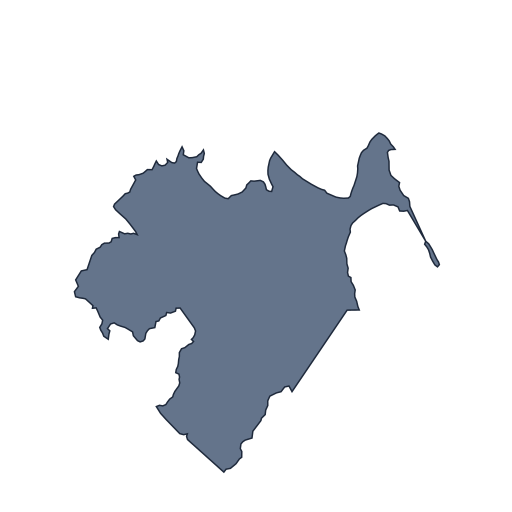 outline of Barra do Ribeiro, Rio Grande do Sul, Brazil, rotated 318°
{"feature_id": "56859067B30618115493116", "entity_name": "Barra do Ribeiro", "entity_type": "district", "adm_level": 2, "iso_a3": "BRA", "parent_name": "Brazil", "parent_adm1": "Rio Grande do Sul", "projection": "natural_earth1", "projection_center": [-51.322, -30.367], "detail": "fine", "context": "isolated", "style": "filled", "palette": "slate", "viewbox_px": 512, "rotation_deg": 318, "n_neighbors": 0, "source": "geoboundaries", "source_scale": "gbopen_adm2", "svg_char_len": 4291}
<svg xmlns="http://www.w3.org/2000/svg" viewBox="0 0 512 512"><g transform="rotate(318 256 256)"><path d="M392.0,358.6L403.5,322.1L406.4,318.4L407.8,315.1L406.2,309.9L407.1,303.5L408.8,299.7L411.8,297.5L411.2,294.4L410.6,291.0L410.2,286.4L412.4,281.2L415.2,278.0L418.2,274.6L420.1,271.2L423.0,266.9L425.2,266.3L427.5,267.2L430.7,269.8L431.1,266.9L431.0,263.0L432.0,259.6L432.2,256.8L432.1,252.9L430.9,249.3L429.6,246.8L427.3,246.6L424.9,246.5L420.1,246.8L417.0,247.5L413.0,249.3L410.6,250.1L406.6,249.4L403.5,249.8L401.1,250.9L398.2,252.4L394.2,255.3L391.7,257.1L390.0,259.3L387.0,262.2L384.1,264.5L379.8,267.0L376.0,269.2L373.3,270.4L370.3,272.0L368.1,273.3L365.9,274.8L363.4,274.7L359.8,271.8L357.4,269.2L354.8,265.7L352.7,261.1L350.7,256.8L351.0,253.0L349.3,250.4L347.7,246.9L346.8,244.4L345.1,239.6L342.2,229.7L341.8,226.1L341.1,223.3L340.7,219.7L339.9,215.5L339.6,208.9L339.9,202.5L339.9,195.7L339.6,190.9L332.4,193.1L330.0,194.2L324.6,198.1L322.1,200.4L319.6,203.3L317.3,207.9L315.7,213.1L315.0,215.9L310.8,218.5L309.0,216.6L308.1,213.7L309.5,211.2L310.7,208.7L311.1,205.9L309.8,202.7L304.6,199.1L302.4,196.7L300.0,196.9L296.7,197.0L294.0,198.7L288.5,199.2L284.1,197.9L280.7,196.1L278.1,194.6L273.7,194.8L271.6,192.2L270.1,187.5L269.4,184.3L268.9,180.9L268.8,177.8L268.8,173.7L268.2,169.8L267.6,166.1L267.8,162.0L268.5,156.9L269.3,154.1L270.3,151.2L275.3,147.2L277.9,149.8L281.6,148.8L283.8,146.8L286.2,145.2L287.9,142.0L284.0,142.9L281.3,142.5L278.4,142.6L274.5,140.3L271.8,138.1L269.7,132.1L272.8,129.5L274.1,125.4L269.6,127.1L267.0,128.3L264.9,129.5L262.5,130.6L260.0,132.5L257.7,132.5L255.9,130.2L254.6,124.6L253.0,127.4L249.2,127.7L246.3,126.0L244.8,122.8L245.5,118.7L242.2,120.0L240.0,121.0L236.5,122.3L233.1,119.1L230.7,119.1L227.6,119.0L223.5,117.3L221.1,115.6L218.5,115.0L217.5,119.0L207.5,122.5L205.0,124.0L202.7,123.4L200.5,122.2L197.1,122.5L185.6,122.8L183.2,124.0L182.6,127.7L183.1,133.2L183.5,136.8L184.0,141.4L183.7,148.0L183.3,152.8L182.9,157.2L182.0,160.6L180.2,157.2L177.7,155.9L175.9,153.3L173.2,151.6L170.9,146.4L168.6,147.7L166.6,150.7L163.7,148.2L160.9,146.7L157.9,148.5L155.4,148.0L151.9,145.0L149.0,144.4L146.1,145.2L141.8,144.0L138.3,145.3L134.4,145.7L121.3,153.1L116.2,150.2L106.0,153.1L103.7,159.7L97.2,161.0L94.7,165.6L96.9,169.0L99.0,171.5L100.6,173.7L101.2,179.4L101.6,183.8L99.5,185.4L102.5,187.6L101.5,190.9L99.3,197.2L99.1,201.1L96.1,203.3L92.1,204.5L91.0,207.3L90.4,210.6L89.2,213.8L90.5,219.0L94.5,215.6L97.3,213.8L97.0,210.6L102.4,209.2L105.9,210.8L106.8,214.3L108.3,217.2L110.9,221.5L111.9,224.5L113.5,229.8L111.5,233.2L111.3,239.6L112.4,242.3L115.3,243.6L117.9,243.3L122.3,239.8L125.3,238.9L128.2,238.7L132.9,241.5L137.8,237.8L140.3,239.2L143.5,238.1L149.2,239.9L151.8,238.2L154.3,241.2L159.2,243.1L161.7,241.3L164.8,243.9L162.1,268.1L160.9,271.3L157.7,273.6L154.6,274.7L152.2,274.8L152.4,277.7L149.6,278.0L146.9,276.8L141.8,276.5L138.6,275.1L134.4,276.5L131.8,279.4L129.2,281.3L126.3,284.0L124.0,285.7L120.8,287.0L118.3,289.0L119.7,292.2L118.2,294.8L116.3,296.2L114.4,299.3L111.7,300.9L108.9,301.5L105.2,302.3L102.0,303.6L99.8,305.0L96.1,304.6L92.5,305.3L89.6,306.1L86.4,305.0L84.4,302.4L81.2,301.2L79.8,309.1L79.8,317.2L80.5,337.0L82.7,340.4L86.0,342.2L83.7,343.6L82.3,346.6L87.5,395.1L91.1,394.4L94.9,396.7L102.2,397.0L107.9,395.7L110.7,396.0L114.6,391.8L115.4,388.7L119.0,385.6L121.8,385.2L124.8,385.6L131.2,388.6L136.4,384.1L149.5,381.6L151.5,380.2L156.7,380.0L160.1,377.0L164.7,375.0L167.8,371.5L172.5,369.4L179.6,371.4L183.8,373.6L189.7,372.5L193.5,374.7L192.0,380.9L287.5,357.2L296.6,365.2L297.9,361.7L300.5,357.0L302.0,352.6L304.1,350.0L307.0,347.6L308.7,343.0L309.5,338.7L312.1,335.5L311.2,332.8L313.0,329.5L316.3,326.7L318.3,322.6L321.9,318.4L323.6,315.1L325.0,311.4L329.4,308.2L331.6,307.0L334.0,305.5L337.3,303.6L342.1,301.4L343.8,299.0L347.0,296.9L349.9,296.1L353.9,296.1L357.3,295.9L361.2,296.1L365.0,296.6L370.9,297.6L373.8,298.2L381.2,300.4L385.5,301.8L387.7,304.1L389.2,307.5L392.3,310.0L394.4,314.5L392.9,318.7L395.7,321.5L399.0,323.5L392.0,358.6ZM392.0,358.6L389.2,360.1L389.0,363.6L388.4,366.7L386.8,370.4L385.0,373.6L383.9,377.8L383.0,382.3L383.6,385.5L386.5,385.1L387.6,382.6L388.1,379.6L389.2,375.9L390.1,372.8L391.2,369.3L391.9,365.8L392.5,362.5L392.0,358.6Z" fill="#64748b" stroke="#1e293b" stroke-width="1.5"/></g></svg>